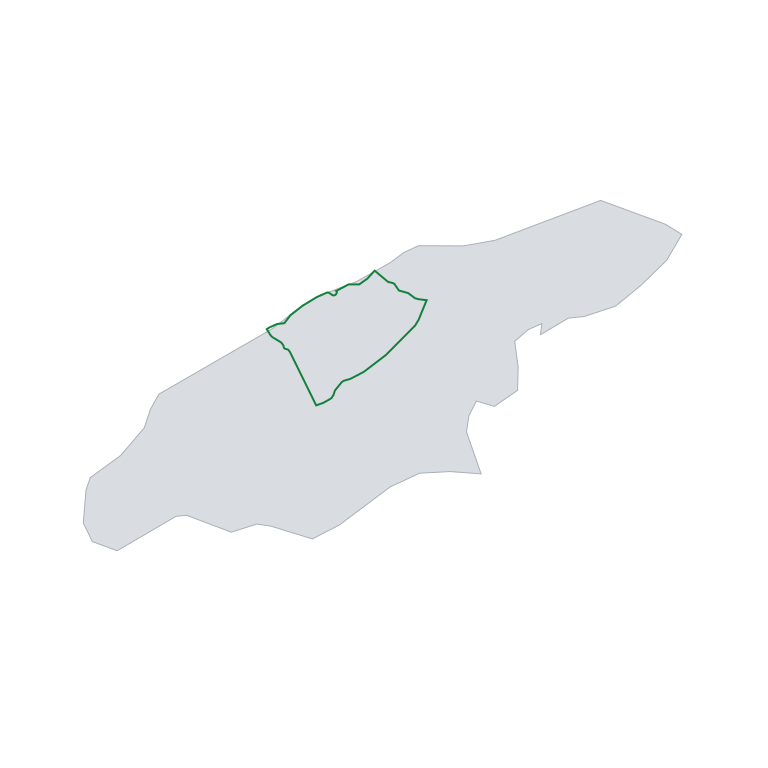 Jamaica, with Saint Ann highlighted, rotated 322°
{"feature_id": "JAM-1379", "entity_name": "Saint Ann", "entity_type": "Parish", "adm_level": 1, "iso_a3": "JAM", "parent_name": "Jamaica", "parent_adm1": "", "projection": "orthographic", "projection_center": [-77.258, 18.33], "detail": "coarse", "context": "in_parent", "style": "outline", "palette": "green", "viewbox_px": 768, "rotation_deg": 322, "n_neighbors": 0, "source": "natural_earth", "source_scale": "10m", "svg_char_len": 1399}
<svg xmlns="http://www.w3.org/2000/svg" viewBox="0 0 768 768"><g transform="rotate(322 384 384)"><path d="M387.9,274.7L425.2,286.3L463.8,292.2L480.5,292.6L496.2,296.2L531.5,324.0L559.9,339.1L667.7,372.7L704.0,431.2L710.8,449.5L683.0,460.5L648.0,464.4L614.4,465.2L583.4,454.1L569.8,445.6L537.6,441.5L545.6,433.6L531.2,429.9L513.3,430.8L500.1,453.3L485.4,471.2L457.2,469.6L446.3,454.3L431.5,461.2L419.5,472.5L405.2,514.6L382.2,493.7L357.1,476.2L325.6,468.9L262.0,467.6L232.1,461.9L207.2,426.2L197.4,416.0L172.4,406.7L147.5,365.8L138.6,360.2L71.0,351.1L57.2,328.7L61.4,308.5L84.1,283.9L95.1,276.9L132.5,278.2L168.2,270.9L184.0,260.3L200.4,253.4L329.6,271.6L359.4,271.8L387.9,274.7Z" fill="#d9dde1" stroke="#a8b0b8" stroke-width="1"/><path d="M325.4,268.6L328.6,268.9L336.6,270.9L342.9,274.7L352.6,272.2L368.3,272.2L384.4,274.1L395.6,276.9L396.9,278.4L398.1,282.4L399.6,283.7L401.3,283.8L403.0,283.0L404.0,281.9L403.7,281.3L417.4,283.7L425.9,290.3L435.9,290.7L446.4,288.9L450.1,306.2L452.4,308.9L453.8,311.2L453.3,319.5L459.0,327.2L461.3,335.6L463.3,338.3L469.2,344.2L450.8,354.7L444.5,357.1L403.4,362.3L375.6,362.0L360.5,359.2L354.6,356.8L353.1,356.6L351.8,356.5L341.4,358.9L337.3,361.6L333.7,362.8L324.6,361.5L317.4,359.1L329.6,300.9L329.6,297.9L327.5,294.9L327.5,293.8L328.4,291.7L328.6,289.8L328.4,287.5L324.9,278.4L324.6,275.7L325.4,268.6Z" fill="none" stroke="#15803d" stroke-width="2"/></g></svg>